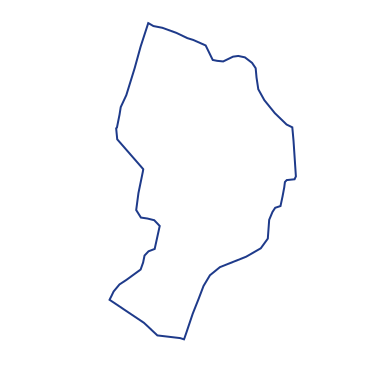 outline of Wadi Salih, Central Darfur, Sudan, rotated 108°
{"feature_id": "16777658B39916742993759", "entity_name": "Wadi Salih", "entity_type": "district", "adm_level": 2, "iso_a3": "SDN", "parent_name": "Sudan", "parent_adm1": "Central Darfur", "projection": "mercator", "projection_center": [23.346, 12.417], "detail": "fine", "context": "isolated", "style": "outline", "palette": "blue", "viewbox_px": 384, "rotation_deg": 108, "n_neighbors": 0, "source": "geoboundaries", "source_scale": "gbopen_adm2", "svg_char_len": 1155}
<svg xmlns="http://www.w3.org/2000/svg" viewBox="0 0 384 384"><g transform="rotate(108 192 192)"><path d="M99.5,116.6L98.6,122.9L91.4,137.6L82.3,151.6L73.8,160.7L63.2,166.0L54.6,169.7L50.6,174.8L47.6,183.3L48.3,190.0L50.6,194.8L58.2,202.7L59.5,208.7L60.0,213.1L48.4,224.3L47.0,237.9L47.1,244.0L45.5,255.9L45.0,271.0L46.1,280.0L45.0,285.1L44.9,285.8L45.9,285.8L55.5,285.8L69.5,285.8L92.0,284.8L120.2,284.4L133.3,286.0L141.0,284.8L153.9,283.3L154.9,283.8L165.0,279.4L185.3,245.5L185.4,245.4L188.1,245.0L209.6,242.6L226.4,239.5L232.1,232.7L231.0,226.2L230.5,219.2L234.3,212.2L257.7,209.9L261.8,215.0L267.1,217.5L274.2,216.7L281.6,216.9L295.7,227.1L302.3,232.4L310.8,235.8L316.0,236.5L318.5,236.9L320.0,237.1L331.3,197.2L339.1,180.6L337.1,170.6L334.6,158.1L334.6,155.9L334.6,154.3L334.6,154.1L332.9,154.0L327.4,153.9L327.1,153.9L307.4,153.7L291.9,152.7L277.8,152.0L265.6,149.2L254.8,142.2L236.8,120.5L224.3,109.2L212.9,105.5L194.6,110.0L186.1,109.3L181.3,108.0L178.0,103.5L168.4,104.5L159.1,105.7L153.8,106.7L151.4,105.6L148.2,98.4L147.6,98.3L147.1,98.3L145.1,98.0L112.1,111.2L103.9,114.7L99.5,116.6Z" fill="none" stroke="#1e3a8a" stroke-width="2"/></g></svg>